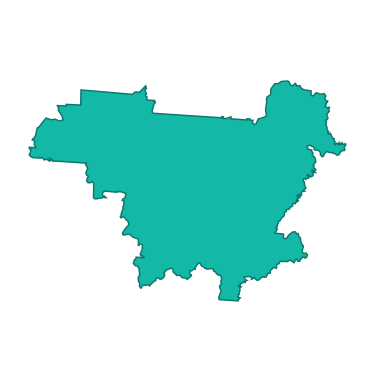 outline of Wollondilly, New South Wales, Australia, rotated 174°
{"feature_id": "25037944B50548000085953", "entity_name": "Wollondilly", "entity_type": "district", "adm_level": 2, "iso_a3": "AUS", "parent_name": "Australia", "parent_adm1": "New South Wales", "projection": "robinson", "projection_center": [150.422, -34.07], "detail": "fine", "context": "isolated", "style": "filled", "palette": "teal", "viewbox_px": 384, "rotation_deg": 174, "n_neighbors": 0, "source": "geoboundaries", "source_scale": "gbopen_adm2", "svg_char_len": 5937}
<svg xmlns="http://www.w3.org/2000/svg" viewBox="0 0 384 384"><g transform="rotate(174 192 192)"><path d="M94.1,112.1L91.9,112.0L91.7,113.6L89.7,114.4L89.5,115.2L88.2,115.8L86.9,115.4L86.7,114.6L85.0,114.9L83.7,117.5L84.9,119.3L87.0,119.3L88.4,120.0L88.6,122.1L87.0,125.7L87.0,126.9L88.3,128.6L89.1,132.6L88.9,134.9L90.6,136.9L90.7,139.5L92.3,139.6L93.4,141.6L95.9,141.7L99.7,139.6L102.8,136.2L104.5,135.8L105.9,136.6L105.3,140.6L113.8,142.4L111.0,146.3L112.4,148.1L110.6,149.1L110.7,150.5L109.3,151.7L109.4,153.6L107.7,154.1L105.2,157.3L103.2,158.3L102.4,160.0L102.5,161.7L100.2,162.8L99.9,164.7L97.4,164.7L96.3,165.7L95.9,167.0L95.0,166.8L93.3,167.6L93.3,169.5L92.8,170.3L90.6,169.5L89.6,170.8L89.2,172.3L88.4,171.4L87.6,171.7L87.1,172.7L88.4,173.4L88.5,174.1L85.3,175.2L84.9,176.0L85.9,176.7L87.8,176.6L88.0,177.6L85.3,178.6L84.1,177.0L83.3,177.6L83.5,179.9L82.9,180.7L79.9,181.0L80.7,181.8L80.5,182.8L79.1,183.2L78.4,184.1L79.3,186.8L79.2,189.9L80.1,191.4L80.2,192.8L79.0,193.6L77.4,192.6L77.1,194.0L75.3,193.4L74.4,193.7L73.9,195.1L75.9,196.6L75.6,197.3L73.4,196.1L72.3,194.6L70.0,195.5L69.7,196.7L70.6,200.2L70.3,201.5L69.3,200.8L69.1,198.7L67.2,198.5L68.6,200.4L66.5,201.1L66.8,201.9L68.2,202.7L68.0,205.1L68.7,206.1L65.8,208.8L65.9,212.5L66.3,213.6L68.6,216.1L67.6,217.9L68.8,220.3L68.6,221.5L72.3,222.3L72.1,223.4L72.9,225.6L69.4,226.4L68.5,225.0L66.8,224.4L65.7,222.5L65.9,221.1L61.9,220.3L60.2,218.0L60.4,215.7L58.9,213.5L57.8,213.7L56.4,216.0L53.9,218.2L51.0,216.9L48.1,216.5L48.0,215.9L45.4,215.0L44.3,213.6L42.1,213.6L40.0,216.5L37.4,217.6L36.4,217.2L35.4,218.3L36.0,219.6L35.5,221.2L34.2,222.6L34.0,223.5L34.8,224.0L35.3,223.4L36.9,223.6L37.5,225.2L38.0,224.6L39.0,224.8L38.7,223.8L39.2,223.4L39.8,223.7L39.7,224.5L40.3,224.4L40.5,225.6L41.6,223.9L42.0,225.1L43.6,225.3L44.4,224.3L44.5,225.0L45.1,224.9L44.8,225.4L45.3,226.1L44.5,227.0L45.4,229.2L45.0,230.2L46.6,231.0L48.2,235.9L50.3,235.4L50.7,237.0L49.7,237.5L51.2,239.9L51.0,242.7L52.1,245.1L51.4,245.4L51.7,247.1L51.0,247.4L51.4,249.6L50.1,249.8L49.0,251.4L50.0,254.3L48.3,256.9L47.0,257.8L47.6,259.8L46.4,261.5L46.8,262.0L48.8,261.6L49.7,262.8L50.7,263.0L50.0,265.0L49.1,265.5L49.3,266.9L48.0,267.1L47.5,268.2L49.2,268.9L49.8,270.0L50.1,271.6L48.8,273.3L50.2,276.0L54.3,275.8L57.2,277.5L58.3,277.6L61.1,275.1L62.8,275.1L63.5,275.9L63.0,280.1L70.2,282.0L72.9,284.3L73.5,286.4L76.8,286.7L77.7,289.2L80.7,287.3L81.7,287.4L82.9,288.2L84.2,291.7L85.4,292.4L91.7,292.6L95.0,290.7L98.3,291.0L102.3,286.8L103.2,284.8L103.4,281.4L104.0,280.5L107.4,278.6L108.1,277.4L108.4,273.0L110.3,265.9L109.9,260.5L111.8,258.9L118.5,257.7L120.9,253.5L122.7,252.4L123.9,253.1L123.9,254.0L124.4,254.3L124.6,256.6L124.1,256.9L127.0,257.4L126.6,258.6L129.7,259.1L129.9,257.9L145.7,260.7L145.4,262.7L149.2,261.6L153.2,261.7L152.9,263.5L154.6,263.8L154.8,262.7L222.1,274.3L223.3,275.2L222.9,277.7L222.3,278.5L222.4,279.6L221.3,281.1L221.3,282.4L219.0,285.0L219.3,285.8L220.4,285.9L219.9,287.0L227.4,288.2L226.9,291.3L227.8,291.5L228.1,293.9L227.1,294.2L228.3,299.2L226.4,299.6L227.0,302.4L233.7,296.7L238.4,297.4L240.9,295.3L291.7,305.1L293.6,290.1L308.0,292.3L308.4,290.7L316.8,292.0L316.0,289.5L316.4,287.2L313.3,281.2L312.7,277.2L316.4,276.4L320.5,278.7L324.6,278.6L329.5,280.8L337.8,272.3L339.3,271.9L341.4,265.1L343.4,262.2L345.3,261.1L345.4,260.5L343.1,259.4L343.9,255.9L342.7,252.4L349.1,253.5L349.3,251.8L347.9,251.5L347.7,251.0L348.7,248.1L350.0,246.1L348.7,244.1L347.0,242.9L341.0,241.8L340.8,242.5L339.0,241.5L337.1,241.8L335.7,239.4L333.1,239.8L330.6,237.6L329.8,238.1L330.4,240.1L330.1,240.6L328.1,239.3L329.3,238.1L327.1,238.1L326.8,236.9L325.6,237.2L294.1,231.8L295.0,230.5L293.2,226.5L295.5,222.3L295.1,219.9L293.3,218.2L294.7,216.8L295.7,214.1L294.3,212.1L292.2,211.9L289.9,212.6L288.8,210.3L290.6,196.8L289.7,195.5L286.8,195.1L285.7,195.7L282.9,195.4L281.2,195.9L278.1,195.4L279.8,197.2L281.0,197.6L281.3,198.5L281.0,200.5L279.0,202.1L266.6,199.6L266.3,200.3L261.8,199.4L257.7,197.3L259.4,192.9L261.5,192.4L262.3,191.0L260.5,190.0L261.2,187.2L260.9,186.2L261.8,185.3L262.4,183.3L262.0,183.0L263.9,179.7L263.8,178.5L264.7,177.8L264.9,176.0L265.9,175.0L265.3,173.7L264.2,174.4L261.9,174.0L260.2,171.0L258.8,169.7L258.1,166.2L262.0,162.6L265.1,159.0L265.5,157.8L265.0,156.7L263.7,156.2L261.4,156.7L258.4,156.4L255.3,153.1L250.6,151.0L250.3,149.8L251.0,144.6L250.2,144.5L249.6,145.6L248.7,145.8L247.4,145.0L246.9,143.9L247.5,140.4L250.0,135.3L249.2,133.7L248.6,134.0L246.7,132.9L246.9,131.7L254.3,133.0L254.3,132.1L256.4,130.5L257.8,127.1L256.1,124.6L254.1,124.2L252.7,121.4L252.7,114.8L254.0,113.5L254.6,111.3L254.4,108.4L253.5,106.3L254.1,104.3L253.2,101.9L252.6,101.8L251.4,103.9L249.7,104.5L247.6,103.9L246.7,104.5L245.0,104.3L244.3,103.0L238.5,107.7L237.6,107.4L237.0,109.4L235.4,110.3L233.9,109.8L233.5,108.9L231.5,108.5L229.3,109.8L228.2,111.2L227.8,112.6L228.5,114.4L226.7,115.7L226.5,116.8L220.8,118.5L219.2,117.5L219.1,114.4L215.6,110.5L213.2,110.7L210.6,107.7L207.5,107.1L205.8,105.6L201.3,108.9L201.3,109.7L202.9,110.6L202.3,113.8L200.7,113.6L198.7,115.0L196.9,114.8L196.8,115.9L194.4,119.4L192.6,120.7L191.4,120.2L190.2,117.4L187.6,115.8L187.2,114.7L185.7,114.5L185.3,113.7L180.4,113.8L179.0,113.2L178.5,110.7L176.8,110.2L176.3,108.2L174.1,106.4L172.8,106.2L171.8,104.7L171.7,101.8L172.8,100.0L172.2,98.2L174.5,95.3L174.1,92.7L173.2,90.8L176.4,84.4L176.2,82.1L157.5,78.9L156.9,80.4L156.2,80.7L156.2,81.4L155.3,81.7L157.5,82.9L156.8,83.7L156.7,85.0L155.7,85.2L156.0,86.1L154.6,89.0L154.4,91.8L153.3,92.4L155.1,93.0L155.5,94.1L153.8,93.9L153.6,96.1L152.4,95.7L151.4,96.8L150.1,96.4L149.5,97.2L148.5,96.7L148.3,97.9L146.6,98.3L148.3,99.5L148.9,102.1L143.3,101.9L141.6,100.6L142.0,99.0L138.9,100.0L136.8,97.5L135.1,97.4L131.2,100.1L127.4,99.6L124.6,103.4L122.6,103.1L122.3,105.7L118.4,108.5L116.0,107.3L115.4,111.1L112.9,111.7L111.7,113.8L104.3,112.9L101.6,114.1L98.0,111.0L95.4,114.5L94.7,114.1L94.1,112.1Z" fill="#14b8a6" stroke="#0f766e" stroke-width="1.5"/></g></svg>